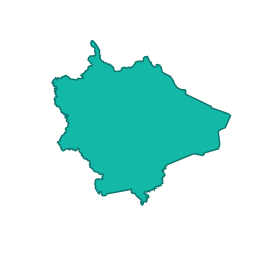 the district of Catacamas, Olancho, Honduras, rotated 120°
{"feature_id": "27666195B98073695243909", "entity_name": "Catacamas", "entity_type": "district", "adm_level": 2, "iso_a3": "HND", "parent_name": "Honduras", "parent_adm1": "Olancho", "projection": "natural_earth1", "projection_center": [-85.508, 14.563], "detail": "fine", "context": "isolated", "style": "filled", "palette": "teal", "viewbox_px": 256, "rotation_deg": 120, "n_neighbors": 0, "source": "geoboundaries", "source_scale": "gbopen_adm2", "svg_char_len": 5860}
<svg xmlns="http://www.w3.org/2000/svg" viewBox="0 0 256 256"><g transform="rotate(120 128 128)"><path d="M119.4,213.5L119.9,213.8L121.6,213.6L121.5,214.2L120.8,214.8L120.6,215.6L120.7,215.8L121.3,215.7L124.5,216.7L125.6,216.1L126.7,216.5L127.1,215.8L126.5,214.6L126.6,214.2L127.1,214.0L128.2,214.2L128.6,213.8L128.7,213.0L128.3,211.1L128.5,209.9L128.9,209.4L129.7,209.7L130.0,211.3L130.5,211.5L130.9,210.7L130.6,209.8L130.7,209.4L132.1,209.3L132.3,210.1L132.8,210.1L132.9,208.5L133.3,208.3L134.2,208.7L134.6,208.5L135.3,206.8L136.0,206.3L136.0,205.4L136.3,205.1L136.7,205.1L137.3,206.0L137.9,206.4L139.8,206.3L140.2,205.9L140.1,205.0L140.6,204.6L141.3,204.9L142.4,203.7L143.6,203.5L143.7,201.7L144.7,201.3L145.0,200.6L144.2,199.6L144.5,198.0L144.5,196.8L145.6,196.0L146.1,194.9L146.8,194.4L146.9,193.9L147.7,193.6L147.9,193.2L147.8,192.5L147.0,191.3L147.2,190.9L148.1,190.7L148.1,189.7L147.6,188.9L147.9,187.6L146.8,187.3L146.7,186.8L147.4,186.1L148.7,186.1L149.1,186.8L148.8,188.1L149.3,188.3L149.9,188.1L150.4,187.3L150.7,185.8L150.7,185.0L152.5,184.9L152.9,184.5L152.8,182.5L153.0,182.0L154.1,182.2L154.6,181.6L157.4,180.7L158.3,181.0L158.9,181.7L159.4,181.8L160.4,181.6L160.6,180.7L161.2,180.0L163.2,180.3L163.4,179.7L164.5,180.4L165.6,180.3L167.7,181.4L169.0,181.2L169.7,181.5L170.7,181.0L172.3,181.2L173.4,180.5L175.4,182.0L176.3,180.4L177.0,178.2L178.0,177.2L178.5,176.0L179.6,175.3L179.6,174.6L180.3,173.6L180.2,172.7L178.9,171.9L177.4,171.4L176.3,170.6L176.1,167.6L175.6,167.6L175.0,168.3L174.6,168.2L174.6,167.0L174.2,165.9L173.7,165.3L174.4,164.4L173.8,163.6L174.0,162.1L172.5,161.3L170.9,161.6L170.4,160.4L170.7,159.9L172.7,158.4L173.2,156.8L173.3,155.0L173.7,154.6L174.7,154.9L175.2,153.5L175.3,152.0L176.3,151.3L176.3,150.1L175.7,147.9L176.3,146.0L175.7,145.0L176.0,144.3L177.3,143.1L178.5,143.4L178.9,142.2L180.3,142.0L180.9,141.3L181.1,138.3L182.4,135.7L182.2,134.5L181.2,131.5L182.2,130.1L181.9,128.4L181.7,127.9L181.0,127.8L180.6,127.5L180.5,126.8L181.5,125.8L183.0,126.0L184.2,124.6L184.8,124.3L185.1,125.4L186.3,126.0L186.9,128.1L187.5,129.0L188.6,129.9L190.1,130.0L191.9,128.8L193.1,128.8L194.1,127.3L196.4,126.2L199.6,120.4L199.4,120.1L197.0,120.5L196.4,120.0L197.8,118.3L198.9,117.6L198.8,116.8L199.2,116.3L199.0,115.5L198.5,114.5L197.6,113.7L195.3,113.1L179.3,94.3L180.1,93.8L180.8,93.7L181.3,93.0L182.0,92.8L182.3,92.3L182.4,91.8L182.0,90.7L181.3,90.4L181.1,90.2L181.8,88.1L182.5,86.9L182.5,86.1L182.7,85.3L183.1,84.8L183.0,84.2L183.4,82.5L183.3,81.3L183.6,80.3L184.0,79.8L185.1,80.2L185.7,79.9L186.1,79.3L187.1,78.9L187.5,78.0L187.4,77.0L187.1,76.9L186.8,77.7L185.5,76.9L185.0,77.3L184.8,77.8L184.4,77.4L183.7,77.2L182.9,76.0L182.9,75.2L182.3,75.2L181.1,75.8L180.7,75.5L179.7,76.3L179.4,77.5L178.6,77.7L178.3,77.3L178.7,76.0L178.2,75.5L177.4,75.5L176.7,76.1L176.3,76.8L176.4,77.5L176.0,78.0L176.6,79.4L176.3,79.7L176.9,80.8L176.8,81.4L176.5,81.3L174.8,81.7L174.2,79.7L173.5,79.4L173.2,79.5L172.9,79.1L172.6,79.5L172.4,79.3L171.9,78.3L172.2,77.5L171.5,77.6L170.2,76.9L169.3,75.9L168.5,75.8L168.2,75.1L168.4,74.4L167.5,74.9L166.9,74.8L166.6,74.3L166.5,75.0L166.0,74.7L165.2,74.8L164.6,74.3L164.4,73.5L163.4,72.8L163.4,72.3L162.5,72.5L162.2,71.5L161.6,71.2L161.3,70.7L159.5,71.3L158.5,70.3L156.9,71.7L156.4,71.5L155.8,72.4L155.1,72.5L154.4,73.4L153.8,73.1L153.4,73.2L152.3,73.0L152.0,72.6L151.7,72.9L150.3,72.5L150.1,73.0L149.7,73.3L149.2,74.7L148.8,74.8L148.7,75.2L147.7,75.7L147.8,76.0L147.6,76.1L148.2,76.6L147.7,76.9L147.1,77.1L146.7,76.6L146.0,76.9L145.4,75.6L145.0,75.8L143.9,75.2L143.8,76.3L143.5,76.6L142.2,76.0L140.2,75.8L117.6,58.4L117.1,57.6L114.3,49.4L112.8,49.0L112.3,49.7L111.7,49.7L100.8,39.3L96.4,40.3L86.4,47.8L85.1,47.9L84.0,47.6L79.0,44.0L66.1,45.3L65.5,47.9L69.0,66.5L68.3,67.0L67.8,66.9L69.9,94.5L69.5,95.7L68.1,95.7L67.6,96.5L66.4,97.2L67.0,97.9L66.8,98.9L67.7,99.6L67.8,100.2L68.1,100.4L68.0,101.3L68.6,102.7L68.4,102.9L68.4,105.0L68.7,106.3L67.6,107.2L67.2,109.0L64.8,111.9L62.2,116.9L62.6,125.8L60.8,128.0L59.0,129.4L58.6,130.7L58.3,130.8L57.9,132.4L58.2,134.0L59.1,135.0L60.8,134.4L62.1,135.5L62.2,136.1L61.7,137.1L61.5,138.7L61.0,139.9L60.6,139.9L59.6,140.6L59.6,140.9L60.1,141.4L60.0,142.0L58.6,143.5L58.0,145.1L56.7,146.2L56.4,147.2L57.2,147.8L57.9,149.0L59.4,149.5L62.7,148.2L63.3,149.0L63.9,151.0L64.6,151.4L65.2,152.5L65.9,152.9L66.2,153.8L66.7,154.3L69.8,154.2L71.0,154.6L72.5,154.6L73.4,155.3L73.9,155.9L74.9,156.6L75.0,157.8L76.8,159.4L77.5,161.1L77.4,162.0L79.0,162.8L79.6,163.4L80.4,162.6L81.6,162.8L83.5,164.2L85.2,167.2L85.3,168.6L83.5,170.6L83.0,170.7L82.7,171.9L82.9,172.1L82.3,173.0L82.5,173.7L82.4,174.3L82.1,174.5L82.3,175.3L81.9,176.0L83.1,177.4L82.5,179.2L82.9,179.7L83.4,181.6L82.9,182.1L82.8,182.7L83.1,183.9L82.5,185.8L81.9,186.8L80.9,187.3L80.4,188.2L79.3,188.1L78.6,189.3L78.2,189.5L77.2,190.5L76.9,190.4L76.3,190.9L75.4,191.1L74.7,191.7L74.2,192.9L74.3,193.7L73.3,194.2L72.4,195.9L72.5,196.2L71.8,197.1L70.6,200.2L70.5,201.2L70.0,202.1L70.6,202.9L71.6,203.1L72.6,202.6L73.1,202.6L74.6,201.4L75.3,199.5L75.2,198.6L74.8,197.7L75.3,196.6L76.0,196.0L78.4,195.1L78.6,194.5L79.0,194.3L79.0,193.7L79.6,193.2L79.9,193.4L80.4,192.8L82.0,192.6L82.3,192.9L82.5,193.7L83.7,195.0L84.0,196.0L84.8,196.7L86.6,197.1L88.9,196.7L89.7,193.9L90.3,193.2L90.7,190.9L90.9,190.5L92.0,190.2L92.6,190.8L92.6,191.5L92.9,191.9L94.3,192.4L94.9,192.9L95.9,192.7L96.7,192.1L97.1,192.2L98.6,192.0L99.5,193.3L100.2,193.0L101.5,193.5L102.4,193.1L103.6,194.3L104.8,194.5L105.5,195.1L106.5,194.3L106.1,193.6L106.1,193.0L106.9,192.4L107.1,191.8L107.4,191.7L107.8,192.6L109.4,194.2L109.7,195.9L111.5,196.5L112.4,197.1L112.9,198.8L113.3,199.3L113.5,200.8L114.3,201.7L114.4,203.7L113.8,203.8L113.9,205.0L113.6,205.7L113.8,206.5L113.5,207.5L113.7,208.2L114.3,208.8L114.9,208.7L116.1,210.1L116.9,210.5L117.2,210.9L118.3,210.4L118.5,211.2L119.5,212.4L119.4,213.5Z" fill="#14b8a6" stroke="#0f766e" stroke-width="1.5"/></g></svg>